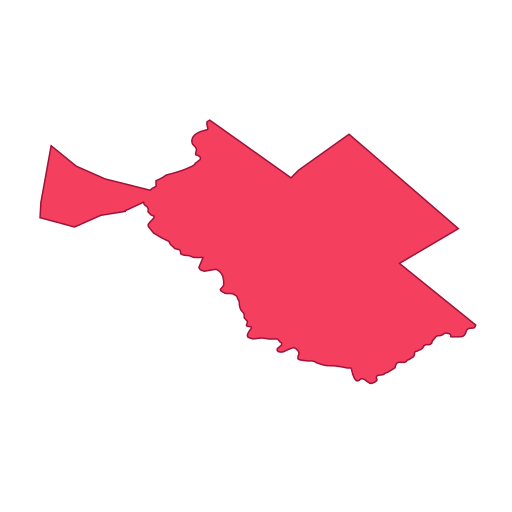 Hveragerðisbær, Suðurland, Iceland, rotated 173°
{"feature_id": "244011B51739533992730", "entity_name": "Hveragerðisbær", "entity_type": "district", "adm_level": 2, "iso_a3": "ISL", "parent_name": "Iceland", "parent_adm1": "Suðurland", "projection": "robinson", "projection_center": [-21.201, 64.001], "detail": "fine", "context": "isolated", "style": "filled", "palette": "rose", "viewbox_px": 512, "rotation_deg": 173, "n_neighbors": 0, "source": "geoboundaries", "source_scale": "gbopen_adm2", "svg_char_len": 4800}
<svg xmlns="http://www.w3.org/2000/svg" viewBox="0 0 512 512"><g transform="rotate(173 256 256)"><path d="M164.2,120.7L162.7,119.7L161.7,118.5L160.5,117.4L158.5,115.8L157.4,115.5L156.3,115.5L155.5,115.8L153.9,116.1L153.0,116.6L152.0,117.1L151.6,117.6L151.3,117.8L151.0,118.1L150.9,118.4L151.1,119.2L151.2,119.6L151.6,120.2L151.5,120.6L151.0,121.5L150.7,122.0L150.2,122.5L149.2,122.7L148.0,122.7L147.0,122.7L146.2,122.7L145.0,122.7L144.2,122.8L143.3,123.1L142.9,123.4L142.4,123.8L141.3,124.2L140.4,124.3L139.3,124.6L137.1,125.6L135.0,126.5L133.2,127.4L131.7,128.1L131.0,129.8L130.3,131.3L129.4,132.3L129.0,132.6L128.8,132.7L128.2,133.0L127.2,133.1L126.0,133.0L125.2,132.8L124.5,132.7L123.3,132.5L122.5,132.4L121.6,132.4L120.4,132.6L119.8,132.9L119.0,133.7L118.7,134.0L118.5,134.3L117.4,134.4L116.5,134.6L116.4,134.7L115.6,135.1L114.7,135.6L113.9,135.9L113.3,136.2L112.5,136.5L111.9,137.1L111.4,137.6L111.1,138.1L110.8,138.9L110.5,139.9L110.5,140.4L110.2,141.2L109.6,141.6L108.9,141.8L108.7,141.8L107.4,142.0L106.2,142.5L105.1,142.9L103.7,143.1L103.0,143.6L101.7,144.4L101.1,145.2L100.7,145.7L100.3,146.4L100.3,146.5L99.4,146.8L98.4,147.2L97.3,147.2L96.6,147.1L95.8,147.0L95.3,146.9L94.8,146.9L94.6,146.9L93.6,147.1L92.7,147.8L92.1,148.2L92.0,148.8L91.6,149.5L91.3,150.2L90.7,150.8L90.0,151.4L89.4,151.8L88.3,153.0L87.6,153.8L87.1,154.1L86.2,154.5L85.0,154.8L84.4,154.6L84.2,154.6L83.5,154.5L82.0,154.6L81.5,154.8L80.0,155.2L79.6,155.6L79.0,156.0L78.4,156.2L77.7,156.4L76.7,156.3L74.5,155.6L73.5,155.3L73.3,155.1L72.7,154.5L72.5,154.3L72.4,153.2L72.5,152.7L72.4,152.1L71.4,151.8L70.1,151.7L67.9,151.5L66.4,151.3L66.2,151.2L63.7,151.0L62.9,150.9L62.1,150.9L61.3,151.0L60.5,151.1L59.7,151.5L58.9,152.0L58.2,152.9L57.6,153.5L57.1,154.5L56.8,155.2L56.5,156.0L56.4,156.1L55.9,156.8L55.0,157.5L54.2,157.9L53.5,158.1L52.3,158.1L51.8,158.1L51.1,158.1L50.1,158.1L49.1,158.0L48.5,158.1L47.8,158.3L47.5,158.9L46.9,159.6L46.3,160.7L113.6,230.2L114.5,231.2L52.2,258.3L51.8,258.5L148.8,365.5L150.5,364.6L203.4,335.9L211.7,329.3L284.8,396.0L285.4,396.5L288.2,395.2L288.7,393.4L288.6,391.8L288.5,390.6L288.3,388.3L288.7,387.4L290.9,387.1L294.3,386.5L295.9,386.3L299.3,385.1L302.0,383.7L304.4,381.4L305.7,378.4L305.6,375.8L305.2,374.6L302.7,371.2L302.0,369.3L302.8,366.8L303.6,364.7L303.4,363.7L301.3,362.9L299.7,361.4L299.2,360.3L299.5,358.7L300.6,358.0L302.5,356.8L304.3,355.8L305.1,355.4L305.3,355.0L305.6,354.4L306.6,353.8L307.8,353.3L309.2,352.6L311.5,352.0L315.4,350.8L319.6,349.8L327.9,348.3L333.1,347.6L335.3,347.3L338.7,345.5L342.8,343.9L343.6,343.7L346.1,342.9L346.6,338.2L346.6,337.7L347.1,337.3L347.7,337.0L348.7,336.4L349.6,336.2L350.8,335.8L353.1,334.2L396.4,350.9L423.4,367.0L445.9,390.4L462.6,336.6L462.9,335.9L465.7,320.3L464.6,319.9L432.6,306.9L405.0,315.3L380.6,316.2L380.8,316.7L361.3,323.0L361.0,323.1L360.7,320.8L359.7,319.6L358.2,318.4L357.7,317.3L357.2,315.9L357.8,313.0L355.1,309.5L352.2,307.9L352.8,306.2L357.3,302.4L359.2,300.5L359.3,298.4L354.8,291.2L347.2,285.3L340.8,281.2L339.5,278.0L337.1,275.1L335.6,273.2L331.8,271.8L330.8,271.2L330.4,269.1L330.5,267.5L329.1,266.4L327.1,265.5L323.0,264.6L321.9,264.3L319.1,262.7L317.3,262.0L316.0,261.9L313.7,261.5L310.8,261.3L308.8,260.9L314.1,251.6L313.3,249.7L312.4,248.8L309.3,247.2L297.2,247.7L296.9,247.5L294.3,245.4L292.6,243.0L291.5,240.2L291.2,237.3L291.2,234.5L291.8,230.5L294.5,228.1L295.5,227.1L295.2,225.8L293.5,224.3L292.2,223.6L291.5,222.8L289.6,222.3L287.1,222.0L285.4,221.7L284.0,221.5L283.3,221.0L282.8,220.8L282.2,220.3L281.6,219.7L281.1,219.4L280.4,218.9L279.9,218.1L279.7,217.2L279.3,215.6L279.0,214.8L278.3,213.4L278.3,211.2L278.5,209.5L278.2,206.9L277.9,205.3L277.5,204.1L275.5,201.2L274.8,199.2L275.3,196.2L273.5,193.6L272.6,192.5L272.8,190.8L273.9,188.5L274.0,188.2L273.6,187.7L272.8,187.2L272.0,187.0L271.3,186.7L271.1,186.7L270.2,186.6L269.5,186.3L269.4,185.1L269.9,184.4L271.2,183.0L272.9,181.0L274.3,178.3L274.0,176.6L272.3,175.4L269.2,174.1L266.0,174.0L263.1,174.0L260.2,173.9L258.7,173.6L254.6,172.4L252.3,171.9L251.5,171.8L247.0,171.3L246.7,171.3L244.8,170.9L244.4,170.5L243.9,169.9L242.8,168.0L242.1,167.3L241.3,166.5L241.4,164.6L246.1,161.5L246.5,159.7L245.4,158.3L244.1,157.9L243.2,157.6L241.1,157.5L239.4,157.9L237.5,158.6L234.0,159.6L230.8,160.4L230.3,160.5L229.1,160.1L227.4,158.9L225.5,156.2L225.2,153.6L226.5,151.5L226.9,148.9L225.7,147.8L221.2,146.4L216.5,145.4L214.2,145.2L212.1,144.7L210.4,143.9L209.0,142.7L206.6,141.5L202.8,139.8L199.3,138.6L196.2,138.1L192.5,137.6L189.0,136.8L185.9,135.9L183.4,135.2L179.7,133.9L177.7,133.5L176.3,133.5L175.6,133.3L175.4,132.9L175.1,132.2L174.7,129.2L174.4,126.7L173.5,123.4L172.8,121.7L172.2,120.9L171.6,120.0L170.4,119.7L169.3,119.9L169.0,120.0L168.6,120.1L168.0,120.6L167.0,121.1L165.9,121.3L164.2,120.7Z" fill="#f43f5e" stroke="#9f1239" stroke-width="1.5"/></g></svg>